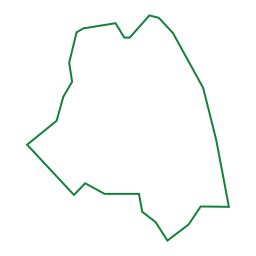 the border of Wigan
{"feature_id": "GBR-5677", "entity_name": "Wigan", "entity_type": "Metropolitan Borough", "adm_level": 1, "iso_a3": "GBR", "parent_name": "United Kingdom", "parent_adm1": "", "projection": "orthographic", "projection_center": [-2.617, 53.524], "detail": "fine", "context": "isolated", "style": "outline", "palette": "green", "viewbox_px": 256, "rotation_deg": 0, "n_neighbors": 0, "source": "natural_earth", "source_scale": "10m", "svg_char_len": 429}
<svg xmlns="http://www.w3.org/2000/svg" viewBox="0 0 256 256"><path d="M73.9,194.9L27.1,144.7L56.6,120.8L63.3,96.8L72.1,81.7L69.2,62.6L76.6,32.3L83.3,28.4L115.5,23.2L124.3,37.6L129.7,37.6L149.4,15.4L158.8,17.8L172.9,33.0L203.1,87.8L208.8,110.3L216.2,139.9L228.9,206.8L200.7,206.5L188.6,224.5L167.4,240.6L155.6,222.1L142.2,211.8L139.0,193.9L104.6,193.9L85.2,183.3L73.9,194.9Z" fill="none" stroke="#15803d" stroke-width="2"/></svg>